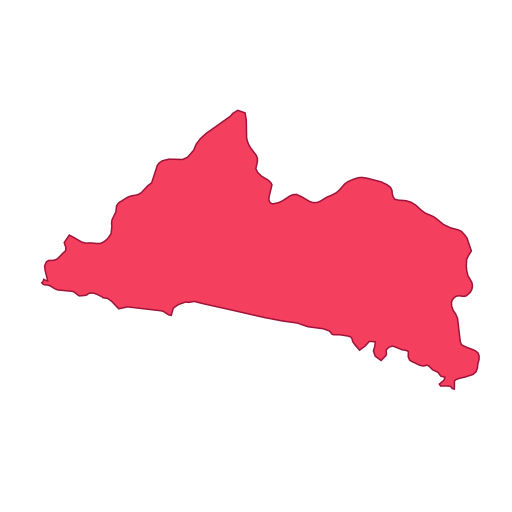 an SVG outline of Miyazaki, rotated 86°
{"feature_id": "JPN-1831", "entity_name": "Miyazaki", "entity_type": "Prefecture", "adm_level": 1, "iso_a3": "JPN", "parent_name": "Japan", "parent_adm1": "", "projection": "albers", "projection_center": [131.344, 32.095], "detail": "fine", "context": "isolated", "style": "filled", "palette": "rose", "viewbox_px": 512, "rotation_deg": 86, "n_neighbors": 0, "source": "natural_earth", "source_scale": "10m", "svg_char_len": 3074}
<svg xmlns="http://www.w3.org/2000/svg" viewBox="0 0 512 512"><g transform="rotate(86 256 256)"><path d="M402.6,67.4L402.3,68.8L401.2,70.0L400.1,70.7L399.4,71.5L398.8,76.5L398.6,80.9L396.6,82.1L393.1,77.2L390.1,76.0L388.8,80.0L384.8,82.5L381.8,87.8L378.6,90.5L377.4,92.0L376.7,93.4L376.8,93.9L377.2,94.7L377.4,97.0L376.4,100.3L372.0,108.2L370.6,110.0L367.2,111.2L362.0,110.7L361.0,112.0L359.6,117.0L355.4,125.7L356.1,129.5L358.8,132.7L363.0,132.7L364.6,133.5L369.0,138.5L364.2,144.1L358.8,145.5L354.7,143.9L349.9,143.0L349.1,148.8L353.4,153.4L357.2,159.3L350.9,163.9L348.3,165.4L345.3,166.0L343.4,167.1L342.3,169.7L340.5,177.5L339.9,184.4L339.2,185.8L337.8,186.5L335.7,188.4L333.2,194.3L330.2,209.1L325.7,219.7L322.7,234.1L317.8,252.5L309.3,280.5L299.8,312.3L297.0,320.8L297.6,326.2L297.0,329.5L299.1,337.0L302.2,342.1L309.3,344.7L308.5,347.4L304.8,352.3L304.0,354.7L297.8,387.6L299.1,396.6L291.0,403.3L288.0,406.9L286.9,411.7L286.1,412.2L282.8,417.9L281.7,420.8L281.4,424.4L282.1,426.3L283.0,427.4L283.4,428.8L283.5,435.0L282.3,436.7L279.1,440.0L278.4,442.1L276.0,456.2L274.7,458.9L271.4,463.5L270.4,466.1L270.1,468.3L269.5,470.1L267.8,471.6L266.8,470.5L266.2,470.0L264.5,469.4L265.6,467.5L265.9,466.8L266.2,465.5L256.0,467.3L251.2,467.6L247.2,465.5L246.0,463.3L246.2,458.4L245.5,455.4L244.4,453.6L239.5,448.2L237.8,445.8L236.6,445.4L234.7,445.0L229.2,446.4L224.9,443.0L222.1,440.8L222.7,440.1L223.3,438.7L229.9,428.9L231.3,425.0L231.4,420.2L232.5,413.4L232.6,410.3L231.2,406.7L228.3,402.7L223.6,399.0L216.1,397.7L213.4,397.8L211.2,397.4L209.6,397.0L202.2,392.7L196.2,391.6L193.3,389.2L188.5,380.2L187.5,377.1L187.1,374.2L186.9,371.3L186.3,369.0L184.9,366.1L178.3,359.0L175.7,355.0L158.5,348.0L156.5,346.2L154.5,342.9L153.3,336.1L154.6,322.5L152.7,317.4L146.1,310.8L140.2,307.8L135.0,303.2L130.3,297.3L114.7,271.7L112.1,269.2L109.4,264.0L112.5,256.9L119.9,256.2L137.2,257.1L140.4,256.7L143.9,255.7L147.5,254.0L155.5,248.8L158.8,247.8L162.0,248.0L168.9,250.1L172.7,248.6L176.6,245.1L181.3,238.4L184.1,236.0L186.2,235.1L198.0,238.9L201.0,239.2L203.8,238.2L205.2,235.8L204.4,229.9L202.8,225.7L198.6,218.3L197.4,215.0L197.4,211.3L200.3,206.0L205.1,199.1L206.7,195.5L206.9,191.4L205.8,188.0L202.2,181.1L200.7,176.5L198.5,171.5L195.9,168.1L190.4,162.6L188.3,159.2L186.5,154.2L185.5,150.7L185.0,147.9L185.0,144.8L186.1,139.9L190.7,126.1L193.9,120.5L196.8,117.1L199.9,115.8L203.4,115.7L206.5,115.1L208.9,113.7L210.1,110.6L211.3,102.4L213.3,97.4L216.5,93.0L221.8,88.0L225.0,84.2L228.9,76.6L230.5,74.4L237.7,66.7L241.4,60.1L244.1,52.3L245.7,49.4L249.6,46.3L252.7,44.3L266.0,40.8L270.7,44.2L274.1,46.1L280.5,46.9L285.3,46.8L290.3,46.0L297.4,42.5L300.9,42.1L304.4,43.0L307.3,44.9L309.2,47.3L310.6,49.5L310.7,52.4L310.1,54.8L309.8,57.2L310.3,59.5L311.8,61.7L313.7,63.4L316.5,64.3L319.7,64.3L324.5,62.9L327.5,61.0L332.3,59.3L355.5,58.2L358.5,57.4L359.7,55.9L361.2,53.3L364.8,45.6L366.3,43.2L368.3,41.2L371.2,40.4L374.8,40.7L379.5,42.3L383.3,43.0L386.8,44.5L389.3,47.7L391.5,56.5L392.1,61.3L393.2,64.9L394.3,66.7L402.6,67.4Z" fill="#f43f5e" stroke="#9f1239" stroke-width="1.5"/></g></svg>